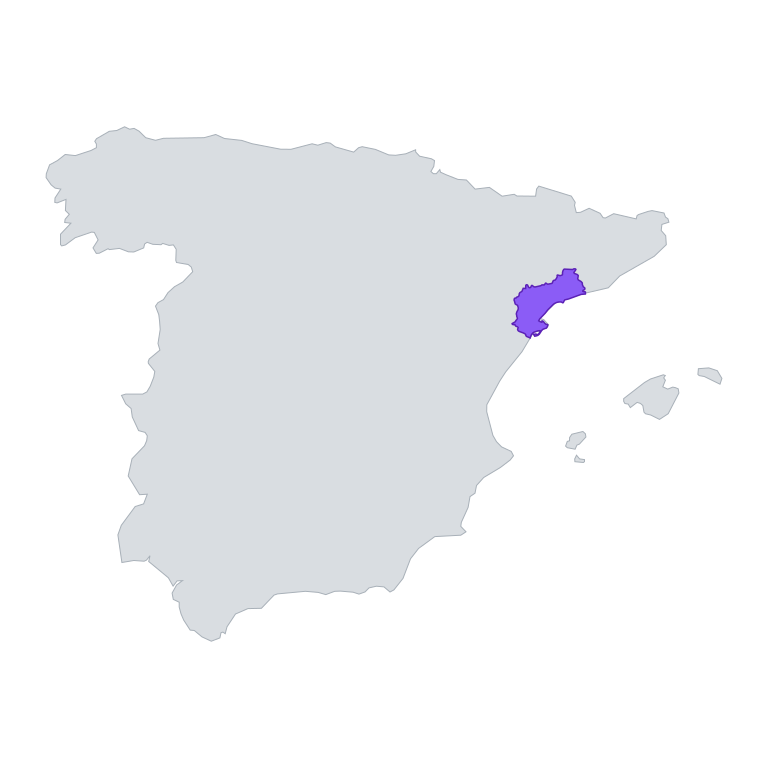 Tarragona highlighted on a map of Spain
{"feature_id": "ESP-5846", "entity_name": "Tarragona", "entity_type": "Autonomous Community", "adm_level": 1, "iso_a3": "ESP", "parent_name": "Spain", "parent_adm1": "", "projection": "equal_earth", "projection_center": [0.73, 41.051], "detail": "fine", "context": "in_parent", "style": "filled", "palette": "violet", "viewbox_px": 768, "rotation_deg": 0, "n_neighbors": 0, "source": "natural_earth", "source_scale": "10m", "svg_char_len": 6332}
<svg xmlns="http://www.w3.org/2000/svg" viewBox="0 0 768 768"><path d="M415.6,149.8L415.7,152.0L419.6,156.2L431.5,158.8L434.5,160.6L433.8,166.4L430.9,171.5L433.4,173.7L436.3,173.7L439.8,169.6L440.5,172.2L446.0,174.7L457.9,179.4L466.4,180.0L475.1,189.1L489.4,187.4L502.1,196.2L514.2,194.3L516.9,196.0L535.6,196.2L536.6,189.0L538.8,186.1L571.3,196.1L575.2,202.3L574.5,205.4L576.3,212.6L580.5,212.3L589.1,208.3L600.1,213.3L603.1,217.7L605.4,218.0L613.7,213.7L636.2,218.9L637.1,215.5L638.7,214.5L648.1,211.4L652.0,210.6L664.0,213.0L665.5,217.1L667.9,218.7L668.9,222.2L661.9,224.4L661.2,230.5L665.7,235.7L666.3,244.7L654.2,256.3L619.7,276.0L608.3,287.8L582.5,293.8L555.7,302.6L539.7,318.4L543.8,319.6L548.6,325.0L547.0,327.4L540.0,331.1L533.7,332.1L522.0,351.7L505.7,371.9L499.7,381.1L486.8,404.8L486.7,411.7L492.9,435.4L496.5,441.7L501.6,446.9L511.2,451.4L513.5,455.8L510.2,460.0L500.5,467.4L483.7,477.5L476.5,485.5L475.0,493.2L470.0,496.6L468.1,507.4L461.3,522.4L460.8,526.4L466.0,531.8L460.8,535.2L434.8,536.6L418.6,548.4L410.5,558.8L403.0,578.4L393.9,589.9L390.0,592.0L384.0,586.9L376.4,586.2L369.0,587.9L365.1,591.9L359.0,594.1L353.1,592.2L340.4,591.1L334.7,591.3L325.8,594.6L318.2,592.4L305.4,591.3L277.5,593.9L274.0,595.1L261.4,608.3L247.9,608.6L235.5,614.0L227.0,626.8L225.2,633.7L222.9,632.1L221.0,632.7L219.9,637.9L211.3,641.2L202.0,636.9L194.3,630.5L190.2,630.1L183.7,620.1L181.0,613.8L179.2,607.0L179.2,602.2L173.3,599.4L172.1,593.1L176.6,585.0L182.5,580.6L177.1,580.9L173.1,586.1L168.4,577.8L148.7,561.5L150.0,555.7L146.5,560.1L144.1,561.2L133.8,560.5L121.9,562.5L117.9,534.9L121.3,525.3L135.2,506.5L143.6,503.9L147.3,494.2L139.6,494.7L128.2,476.0L132.0,458.8L144.5,445.8L146.7,440.6L147.3,435.8L145.1,432.4L138.6,430.6L132.3,417.0L131.1,408.5L125.7,403.8L121.5,395.4L125.7,394.1L142.7,394.1L146.9,391.9L150.2,386.3L153.8,377.1L154.8,371.4L148.4,363.4L148.2,361.7L149.2,359.0L159.9,350.1L158.0,343.5L160.2,329.5L159.6,321.4L158.8,314.7L155.5,306.1L158.0,302.6L163.5,299.6L168.0,292.6L174.5,286.7L182.8,282.0L192.7,271.7L191.3,267.1L188.2,264.5L176.5,262.5L175.8,260.4L176.2,249.3L173.4,244.9L169.1,245.4L162.7,243.4L161.0,244.7L152.8,244.3L147.1,242.3L144.6,244.0L143.7,247.9L133.8,252.0L128.4,251.8L119.5,248.4L109.3,249.6L108.1,248.7L99.3,253.2L96.3,253.4L93.0,247.9L98.1,239.9L94.3,232.4L91.6,232.1L75.2,237.7L65.5,244.9L61.7,245.9L60.5,244.6L60.5,234.2L70.9,223.2L64.7,222.5L65.1,219.3L69.3,214.3L65.4,210.5L66.0,199.4L57.1,202.9L54.8,202.4L55.0,198.0L60.8,189.1L55.1,188.1L51.1,184.8L46.1,177.6L46.3,173.8L49.6,164.8L57.4,160.6L65.2,154.5L75.4,155.6L91.0,150.5L96.4,147.7L96.4,144.0L94.8,141.3L96.5,138.7L109.3,131.3L116.8,130.5L124.6,126.8L129.6,129.2L134.1,128.4L139.1,131.2L145.7,137.7L155.5,140.3L163.5,138.3L204.0,137.7L215.7,134.5L224.5,138.5L241.7,140.4L252.0,143.7L280.6,149.2L291.0,149.3L312.1,143.8L317.8,145.2L326.2,142.6L330.2,143.1L335.4,146.9L353.7,152.1L358.6,147.7L362.2,146.7L375.4,149.4L388.7,154.9L395.6,155.3L405.8,153.8L415.6,149.8ZM662.8,386.8L667.7,389.1L672.8,387.1L675.5,387.7L678.2,388.8L678.9,393.0L668.2,413.7L659.5,419.4L650.7,415.0L645.6,413.8L644.0,412.2L642.8,405.5L640.4,403.4L637.1,402.4L630.3,407.6L628.2,404.1L624.9,403.5L623.7,401.4L623.7,398.6L644.5,382.5L650.5,379.0L663.3,374.8L665.3,375.5L663.7,377.9L665.4,380.2L662.8,386.8ZM721.9,378.4L720.0,384.2L704.3,376.5L699.2,375.6L697.9,374.4L698.4,368.7L708.8,367.9L717.3,370.7L721.9,378.4ZM576.9,445.1L575.1,449.2L567.3,447.7L565.6,446.1L567.3,441.4L569.5,440.8L569.6,437.5L571.9,434.2L582.9,431.5L585.4,433.8L585.9,437.0L579.4,444.1L576.9,445.1ZM584.5,461.6L583.4,462.5L574.9,461.7L574.7,459.0L576.5,455.2L579.6,458.9L584.5,459.6L584.5,461.6Z" fill="#d9dde1" stroke="#a8b0b8" stroke-width="1"/><path d="M585.4,294.0L581.1,294.4L568.5,299.0L565.0,299.8L564.6,300.1L563.7,301.7L563.5,302.2L563.3,302.6L562.7,302.8L561.5,302.1L561.2,302.0L558.9,302.0L556.8,302.4L554.9,303.3L553.6,304.1L547.9,309.7L545.1,313.3L539.7,318.9L538.7,320.8L540.0,321.6L541.5,322.2L542.1,322.1L542.3,321.8L542.2,321.3L541.5,320.8L542.3,320.9L543.0,321.2L543.6,321.8L544.8,323.3L546.1,324.4L546.7,324.3L547.7,324.6L547.6,326.0L546.9,327.4L546.4,328.1L543.2,329.1L541.8,330.3L539.3,334.2L537.8,335.4L536.3,335.9L534.7,336.2L533.5,334.3L536.0,334.0L537.1,334.8L538.8,333.7L540.6,330.9L539.6,330.7L538.1,330.8L533.9,332.2L532.9,332.9L532.1,333.8L531.3,334.9L530.1,338.0L529.8,337.8L526.7,336.5L526.2,336.1L525.9,335.5L525.7,335.0L525.7,334.6L525.3,334.1L524.8,333.7L523.2,332.9L519.6,331.6L518.5,331.0L518.0,330.5L517.6,329.5L517.7,328.9L517.9,328.4L518.1,328.0L518.2,327.6L517.7,327.0L517.1,326.6L516.0,326.3L515.4,325.7L515.1,325.2L515.0,324.8L514.8,324.5L513.7,324.7L512.4,324.4L512.1,323.6L512.4,323.4L515.2,321.8L515.5,321.4L515.9,320.5L516.9,319.4L517.2,318.9L517.4,318.5L517.4,318.0L516.9,316.8L516.7,316.2L516.7,315.6L516.6,315.0L516.3,314.0L516.4,313.4L516.6,312.8L516.7,312.3L516.9,311.8L517.1,311.4L517.6,310.5L517.9,309.9L518.1,309.4L518.3,307.9L517.6,305.5L516.7,304.8L516.0,304.5L515.2,303.9L514.7,302.0L514.5,301.2L514.3,300.8L514.1,300.3L514.1,299.8L514.2,299.3L514.3,298.8L514.5,298.4L515.1,298.1L515.5,298.1L516.0,298.0L516.3,297.7L516.5,297.4L516.8,297.1L517.7,296.8L518.1,296.6L518.5,296.3L518.9,295.8L519.2,294.6L519.2,294.1L519.3,293.6L519.6,293.1L519.9,292.6L520.7,292.1L521.3,291.8L521.8,291.5L521.9,291.4L523.2,288.3L525.6,288.5L525.8,285.3L526.2,284.9L526.7,284.7L527.1,284.8L527.6,285.1L528.5,287.0L528.9,287.5L529.4,287.7L530.0,287.7L530.5,287.4L530.9,287.0L531.3,285.9L531.6,285.5L532.0,285.4L532.5,285.6L533.7,286.7L535.0,287.0L540.8,285.7L541.9,284.9L544.2,284.9L544.9,284.2L545.2,283.5L545.4,283.3L545.7,283.1L546.1,283.2L547.4,284.1L547.9,284.2L551.9,283.4L552.4,282.7L553.1,280.9L553.5,280.5L555.2,280.0L556.3,278.6L557.1,277.0L557.2,276.5L557.1,275.4L557.3,275.1L557.7,275.0L559.9,275.6L560.5,275.6L561.9,275.1L562.4,274.7L562.5,274.1L562.5,272.6L562.9,270.9L563.7,269.5L564.1,269.2L564.4,269.1L572.6,269.5L573.7,268.9L574.9,268.8L575.6,269.0L575.9,269.5L575.4,270.4L573.9,272.4L574.3,273.4L577.0,274.4L578.2,275.4L578.1,276.8L577.7,278.6L578.3,279.9L580.9,281.4L582.1,282.6L582.3,283.1L582.4,284.7L583.4,286.9L584.6,287.7L584.8,288.2L584.9,288.8L584.7,289.3L584.4,289.7L583.1,290.3L582.9,290.6L582.8,291.3L583.3,291.6L585.0,291.8L585.4,292.0L585.5,292.3L585.4,294.0Z" fill="#8b5cf6" stroke="#5b21b6" stroke-width="1.5"/></svg>